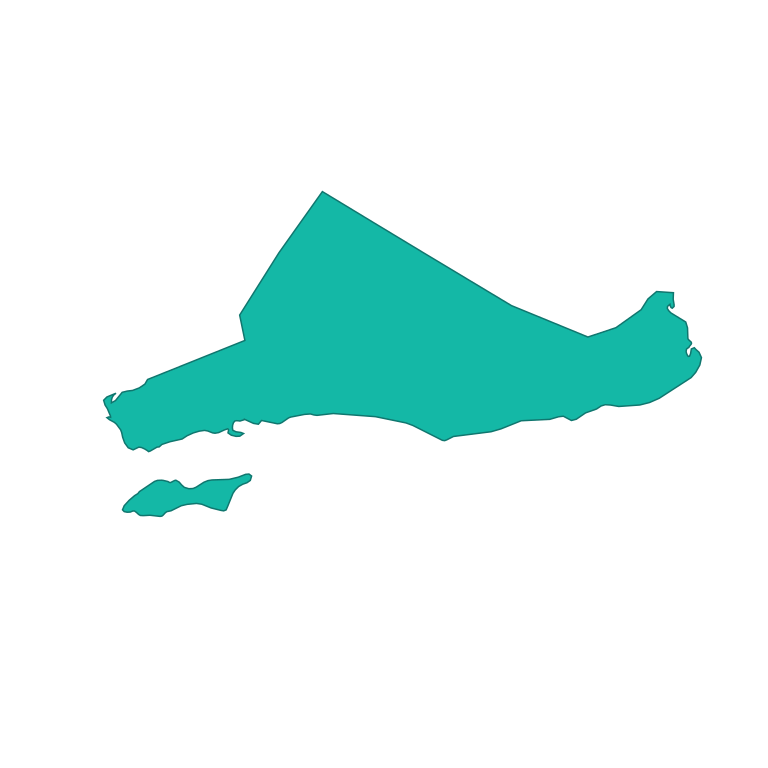 outline of Ash Sharqiyah South, rotated 51°
{"feature_id": "OMN-2406", "entity_name": "Ash Sharqiyah South", "entity_type": "Region", "adm_level": 1, "iso_a3": "OMN", "parent_name": "Oman", "parent_adm1": "", "projection": "albers", "projection_center": [58.929, 21.395], "detail": "fine", "context": "isolated", "style": "filled", "palette": "teal", "viewbox_px": 768, "rotation_deg": 51, "n_neighbors": 0, "source": "natural_earth", "source_scale": "10m", "svg_char_len": 2895}
<svg xmlns="http://www.w3.org/2000/svg" viewBox="0 0 768 768"><g transform="rotate(51 384 384)"><path d="M495.2,101.6L500.1,105.9L505.0,108.7L506.3,109.8L506.5,112.3L505.2,112.8L503.4,112.4L502.0,111.6L502.1,114.8L503.6,116.3L506.2,116.6L509.3,116.3L525.7,110.5L531.4,112.8L540.0,119.3L541.3,119.4L544.7,118.9L545.8,119.3L546.4,120.3L546.9,122.8L547.4,124.0L547.4,124.6L547.2,125.7L547.3,127.0L548.8,128.7L549.9,129.3L551.2,129.8L552.6,130.1L554.0,130.2L554.7,129.1L553.3,126.6L550.2,123.1L551.1,120.0L553.3,119.9L557.6,119.2L563.3,120.7L568.0,126.6L571.1,134.4L572.3,141.3L568.3,179.1L565.5,189.3L561.3,198.4L549.2,215.7L542.9,221.2L539.3,225.1L537.7,229.1L537.2,234.5L533.3,245.5L532.4,256.7L530.3,261.3L521.9,264.9L519.3,269.0L515.8,277.4L498.9,300.5L492.5,321.3L488.5,330.8L468.5,363.0L466.9,370.4L466.2,372.5L464.5,374.1L434.3,387.7L428.1,391.4L404.0,411.2L375.0,442.0L366.2,455.8L364.0,457.9L361.0,460.0L357.6,464.9L351.0,477.3L350.3,479.4L349.7,487.5L349.1,489.9L347.8,491.9L335.3,502.1L336.2,506.9L332.5,510.2L323.5,514.7L323.8,515.1L322.1,519.3L321.9,519.4L320.4,520.9L319.4,522.1L318.9,523.3L319.4,525.5L320.8,527.6L322.7,529.4L324.8,530.6L328.0,529.1L331.6,525.7L334.1,524.3L333.8,528.9L331.6,531.9L327.7,534.9L323.8,536.0L321.8,533.6L320.5,533.6L319.3,536.8L317.7,543.1L315.9,546.3L314.2,547.9L309.5,550.6L307.1,552.7L304.4,557.2L302.0,563.0L300.3,569.5L299.7,575.5L294.2,586.6L291.2,594.6L291.4,598.3L290.2,600.1L289.0,607.8L288.4,609.5L286.6,609.9L283.8,610.9L280.8,612.4L278.8,614.2L277.3,620.4L272.6,622.9L266.6,622.6L260.9,620.6L256.8,618.5L253.9,617.5L246.9,617.2L244.1,617.7L239.0,619.8L235.8,620.5L236.5,618.4L237.8,617.4L236.7,616.7L229.1,614.5L224.8,614.0L220.2,612.1L219.7,607.5L222.5,598.1L222.5,601.0L223.3,603.6L224.9,605.8L227.1,607.7L227.9,603.1L225.7,592.7L227.9,588.0L230.8,583.4L233.0,576.7L233.6,569.9L231.7,564.9L262.6,464.7L239.6,452.8L215.9,383.1L195.7,310.8L251.0,290.9L305.3,271.3L355.6,253.0L403.3,235.6L449.6,210.3L475.8,196.0L486.2,168.3L488.1,137.4L484.0,125.3L483.7,114.0L495.2,101.6ZM372.2,561.4L372.7,566.3L373.9,570.2L380.6,582.3L382.5,585.9L381.7,588.4L379.7,590.2L371.5,596.4L362.7,601.3L358.8,604.9L353.6,612.8L351.0,618.2L348.5,629.3L346.5,633.2L346.5,635.8L346.6,636.0L346.9,638.1L346.9,639.7L346.0,641.3L338.7,648.5L334.8,653.9L332.8,656.1L330.9,656.8L328.1,657.2L325.7,657.8L324.6,659.2L323.9,661.7L322.0,664.3L319.7,666.2L317.2,666.4L316.1,664.3L315.1,662.5L314.0,655.3L313.8,648.1L314.3,644.2L314.2,643.9L313.7,641.8L315.3,623.6L316.4,620.6L318.8,617.4L319.9,616.3L323.8,613.3L325.4,612.7L325.9,612.3L326.3,611.8L327.2,607.5L327.8,606.3L331.4,604.9L335.0,604.8L338.7,604.2L342.5,601.6L344.3,599.2L345.1,598.0L345.9,595.2L346.0,594.7L347.0,585.8L348.3,581.6L350.3,578.1L360.7,564.3L364.7,555.9L367.1,548.4L369.0,545.6L372.2,544.8L374.8,548.6L374.5,552.6L373.0,556.8L372.2,561.4Z" fill="#14b8a6" stroke="#0f766e" stroke-width="1.5"/></g></svg>